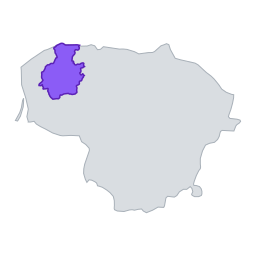 location of Telšiai within Lithuania
{"feature_id": "LTU-936", "entity_name": "Telšiai", "entity_type": "County", "adm_level": 1, "iso_a3": "LTU", "parent_name": "Lithuania", "parent_adm1": "", "projection": "mercator", "projection_center": [22.175, 56.01], "detail": "fine", "context": "in_parent", "style": "filled", "palette": "violet", "viewbox_px": 256, "rotation_deg": 0, "n_neighbors": 0, "source": "natural_earth", "source_scale": "10m", "svg_char_len": 4545}
<svg xmlns="http://www.w3.org/2000/svg" viewBox="0 0 256 256"><path d="M86.9,182.4L85.3,179.2L83.6,173.4L83.8,168.8L84.7,164.2L89.4,150.5L89.2,148.3L85.8,144.5L81.6,141.7L79.3,135.8L70.8,135.4L62.8,135.8L60.3,135.5L52.7,133.0L45.4,129.0L40.5,126.6L36.3,124.0L34.1,121.3L30.6,122.0L28.2,122.0L28.3,121.5L26.9,116.7L28.3,109.1L25.8,98.1L21.6,84.8L21.3,70.5L21.0,67.2L31.3,59.1L44.3,50.4L47.2,49.6L59.2,44.4L60.8,44.0L71.6,45.0L80.0,46.2L87.2,46.0L91.1,44.7L94.7,45.8L97.5,49.7L100.5,49.3L103.4,46.7L119.4,49.1L123.0,49.0L127.0,49.4L134.5,51.7L138.8,53.9L148.3,52.6L152.4,52.5L154.5,51.6L161.0,45.8L163.9,44.8L166.5,43.7L168.8,44.6L170.4,49.6L175.2,58.3L180.5,59.8L195.0,63.1L198.0,64.8L206.2,72.4L211.1,76.1L214.2,79.1L218.9,84.9L221.7,89.1L226.3,92.3L231.7,94.4L233.7,94.7L233.6,97.8L232.6,103.0L230.8,109.6L228.9,114.8L228.4,116.7L229.9,118.4L237.0,119.2L240.0,120.1L240.6,121.4L239.1,123.2L236.8,124.7L235.8,126.1L233.9,131.0L222.1,130.4L220.5,131.4L219.8,133.7L219.2,136.4L217.6,139.5L214.5,142.3L209.5,143.3L205.5,145.1L202.5,150.9L200.3,158.5L200.3,164.0L200.6,167.0L200.3,168.7L198.8,170.6L196.3,175.6L194.3,181.1L193.5,184.0L193.9,185.4L196.2,185.5L199.5,186.6L201.2,188.8L201.9,191.3L201.9,194.0L201.3,195.5L198.7,196.6L194.5,196.6L192.1,195.3L191.6,194.3L192.8,191.7L191.9,188.4L190.2,186.6L186.8,189.3L183.4,189.3L179.4,191.8L176.8,195.6L174.3,197.1L167.6,196.3L165.9,198.0L164.5,205.9L163.7,207.4L158.0,207.1L152.6,210.2L146.4,212.7L143.3,211.0L141.6,209.0L138.2,209.3L134.5,210.2L132.1,209.7L129.3,210.0L124.0,211.5L117.3,211.0L114.5,209.7L114.2,208.4L114.4,205.4L114.3,200.6L113.3,196.4L110.1,192.7L106.7,190.0L102.4,187.3L99.2,186.2L97.5,185.8L97.1,184.3L96.5,182.9L95.0,181.8L91.8,180.2L89.1,179.8L86.9,182.4ZM17.6,121.0L15.4,120.5L19.7,112.7L21.4,107.7L22.6,100.5L23.6,98.2L23.6,101.5L23.2,106.9L20.4,116.2L17.6,121.0Z" fill="#d9dde1" stroke="#a8b0b8" stroke-width="1"/><path d="M61.1,43.3L62.9,43.4L63.6,43.8L65.0,44.8L65.8,45.1L77.2,44.8L79.6,45.3L79.2,45.8L78.9,46.0L78.7,46.4L78.8,46.8L79.1,47.2L79.3,47.7L79.3,48.3L79.1,48.9L78.8,49.5L78.2,49.9L77.7,50.1L77.2,50.0L76.2,49.7L75.7,49.7L75.2,50.0L74.9,50.7L74.6,51.1L74.5,51.5L74.6,51.8L75.0,52.4L75.0,53.0L74.8,53.7L74.2,54.6L73.5,55.2L72.4,56.7L71.9,60.8L73.3,61.2L73.5,61.5L73.6,61.8L73.3,62.4L73.2,62.9L73.4,63.0L73.8,63.0L74.0,63.1L74.2,63.4L74.3,63.8L74.5,64.4L74.9,64.7L75.5,64.9L76.0,64.9L77.6,64.1L79.1,64.3L79.8,64.2L80.3,64.0L80.6,63.6L81.0,63.4L82.1,63.0L83.0,62.9L83.5,63.1L83.8,63.4L83.8,63.7L83.6,64.2L83.6,64.8L83.7,65.4L83.8,65.8L84.5,66.6L83.8,66.9L83.4,67.0L83.1,67.4L83.0,67.6L82.8,67.7L81.0,68.1L80.6,68.5L80.6,69.0L80.9,70.1L80.9,71.0L80.9,71.6L80.8,71.9L80.6,72.2L80.0,72.6L79.8,72.8L79.8,73.2L80.0,73.7L80.5,74.4L80.8,74.8L81.3,74.9L81.7,74.8L82.0,74.5L82.2,74.1L82.4,73.9L82.7,73.8L83.0,74.0L83.4,74.7L83.7,75.1L84.1,75.3L84.3,75.5L83.8,76.0L83.3,76.4L83.4,77.1L82.3,78.5L81.8,80.1L81.4,80.7L80.8,80.9L80.3,81.0L79.7,81.2L79.4,81.6L79.3,82.1L79.4,83.4L79.3,84.1L78.9,84.4L78.3,84.8L77.9,85.0L77.3,85.2L76.9,85.4L76.4,85.9L76.4,86.3L76.8,87.4L77.0,88.0L76.8,88.9L76.7,89.6L76.7,90.2L76.7,90.7L76.9,91.9L76.9,92.4L76.6,92.8L76.3,92.9L75.1,94.0L72.1,94.5L71.7,94.4L71.2,94.2L70.8,94.0L69.9,94.1L69.4,94.0L68.3,93.4L67.3,93.5L64.1,93.9L62.8,94.5L62.1,95.0L61.7,95.1L61.2,95.1L60.7,94.9L60.4,95.0L60.2,95.1L60.1,95.4L59.9,95.8L59.8,96.3L59.8,96.7L59.8,97.1L59.8,97.4L59.6,97.7L58.6,98.7L58.2,98.8L57.7,98.8L57.2,98.6L52.8,99.2L50.8,97.4L49.7,95.8L49.6,95.3L49.4,95.0L49.1,94.5L48.9,94.1L48.8,93.2L48.7,92.8L48.5,92.5L47.8,91.2L47.7,90.8L47.9,90.4L48.0,90.1L48.0,89.7L48.0,89.3L48.1,88.9L48.0,88.7L47.8,88.5L47.1,88.5L46.2,88.8L44.4,88.9L43.9,89.0L43.5,89.1L43.2,89.0L43.0,88.6L43.1,88.2L43.3,87.9L43.4,87.7L43.4,87.4L43.2,87.1L42.9,86.7L42.5,86.0L42.4,85.6L42.5,85.1L42.4,84.8L42.2,84.7L41.5,85.4L41.0,85.6L40.6,85.7L39.0,85.5L39.0,85.1L39.0,84.8L39.1,84.5L39.3,84.0L39.9,83.4L41.9,81.8L42.1,81.5L42.2,81.2L42.7,80.7L42.9,80.4L42.8,79.8L42.6,79.5L41.9,78.4L41.8,78.0L41.6,77.4L41.6,76.7L41.8,74.0L41.7,73.5L41.6,73.1L41.6,72.7L41.7,72.3L42.2,71.9L43.1,71.7L43.4,71.4L43.8,70.9L45.2,68.2L45.4,66.8L47.2,65.1L47.7,64.8L49.1,64.8L49.5,64.6L49.9,64.4L50.2,63.8L50.6,63.6L51.1,63.4L53.0,63.5L53.4,63.2L53.7,62.9L54.6,60.9L55.0,59.8L55.2,59.5L55.5,59.0L55.7,58.3L56.0,58.0L56.3,57.8L56.7,57.8L57.0,57.6L57.1,57.3L57.0,56.6L55.9,54.0L55.7,53.7L55.2,53.1L55.1,52.5L55.0,51.8L55.0,50.4L54.7,49.8L54.4,49.4L54.1,49.1L53.9,48.7L53.8,48.3L53.9,47.8L54.2,47.5L55.6,46.7L56.1,46.3L56.2,45.6L56.9,45.3L61.1,43.3Z" fill="#8b5cf6" stroke="#5b21b6" stroke-width="1.5"/></svg>